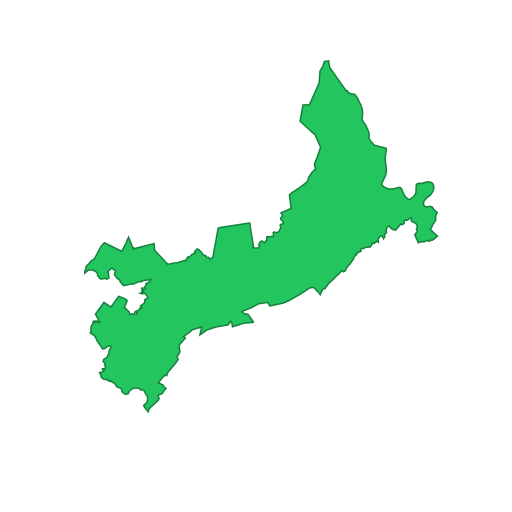 Cocula, Guerrero, Mexico, rotated 222°
{"feature_id": "50627088B31942029589440", "entity_name": "Cocula", "entity_type": "district", "adm_level": 2, "iso_a3": "MEX", "parent_name": "Mexico", "parent_adm1": "Guerrero", "projection": "robinson", "projection_center": [-99.718, 18.138], "detail": "fine", "context": "isolated", "style": "filled", "palette": "green", "viewbox_px": 512, "rotation_deg": 222, "n_neighbors": 0, "source": "geoboundaries", "source_scale": "gbopen_adm2", "svg_char_len": 6074}
<svg xmlns="http://www.w3.org/2000/svg" viewBox="0 0 512 512"><g transform="rotate(222 256 256)"><path d="M331.6,93.9L329.8,91.1L328.2,89.8L327.7,87.9L323.2,88.7L321.6,88.5L316.5,86.3L316.3,86.5L307.5,84.3L307.3,85.2L306.7,85.6L306.3,86.6L306.3,88.2L304.9,90.8L304.3,91.7L303.7,91.7L302.5,90.9L302.1,90.3L302.4,89.6L301.9,88.7L301.9,87.4L299.6,84.5L299.8,83.6L299.0,80.9L300.0,77.0L298.8,75.2L296.3,75.3L295.8,74.8L295.6,73.6L293.4,73.0L293.1,72.2L293.3,70.7L294.7,69.4L294.0,68.9L292.3,69.5L292.0,69.3L293.1,66.0L293.9,65.3L294.2,64.5L291.8,63.9L290.0,62.4L287.0,62.5L285.4,63.6L284.1,63.8L283.9,64.4L283.3,64.5L282.7,65.1L281.3,64.6L280.7,64.8L280.6,65.9L277.6,66.2L276.1,66.8L271.6,65.7L269.1,66.8L266.8,67.2L265.2,65.7L263.1,65.4L260.5,65.9L258.9,67.7L259.8,71.5L258.5,76.0L254.8,79.2L254.0,79.5L252.4,79.0L250.9,80.6L248.7,81.0L245.6,79.6L242.8,78.9L241.3,77.8L239.3,74.8L239.2,71.5L239.6,70.6L239.3,69.7L238.1,69.1L231.9,68.0L233.1,70.8L233.2,72.0L232.0,83.8L232.9,85.5L235.3,86.5L235.5,86.9L234.0,90.2L233.7,91.6L234.3,95.1L234.2,97.3L236.3,97.4L237.6,97.0L239.1,98.0L239.6,97.6L242.0,97.1L243.5,96.2L244.1,101.2L244.1,104.9L243.9,105.9L242.4,107.4L243.7,110.7L244.0,121.6L244.5,126.6L245.6,127.7L246.8,127.7L247.2,128.3L247.3,129.2L247.8,129.9L247.5,131.3L248.1,132.0L248.3,133.8L253.5,138.2L253.6,147.8L256.0,147.5L254.3,155.0L254.0,158.5L248.9,167.0L244.9,159.8L242.9,168.4L238.0,176.8L230.7,186.0L231.2,190.4L228.7,189.8L226.1,187.6L220.0,198.0L213.8,204.7L213.7,205.3L223.1,207.3L226.0,205.2L229.4,205.3L224.7,214.8L222.3,221.9L216.4,229.2L212.3,228.2L204.2,239.3L201.8,244.5L197.6,257.1L194.7,268.4L192.1,271.2L185.6,270.8L182.4,270.2L184.0,275.8L182.9,278.3L183.7,284.4L183.3,286.6L183.3,289.2L182.9,290.0L183.3,291.4L182.9,291.9L183.1,293.2L182.8,293.9L183.2,294.5L182.6,296.2L182.5,297.8L182.4,300.4L182.8,301.5L182.3,302.3L180.4,302.8L179.7,304.6L180.0,306.0L180.6,306.9L181.0,311.5L180.7,312.1L181.6,318.8L182.8,322.6L182.1,324.5L182.8,324.9L183.0,325.5L182.8,326.7L182.0,327.4L182.2,328.3L181.1,329.8L182.5,330.8L182.6,331.7L181.9,333.2L180.8,333.8L180.4,335.9L177.2,339.0L177.4,341.9L178.1,342.4L177.9,343.8L176.6,344.5L177.0,345.2L176.2,346.1L176.1,347.8L174.2,348.1L176.5,350.2L176.9,352.6L176.5,354.6L175.3,355.3L172.8,354.2L173.2,356.6L174.3,357.2L174.9,358.0L174.6,360.3L174.8,361.0L176.3,361.9L177.7,364.6L177.7,366.1L177.1,367.3L176.4,367.4L173.8,366.8L171.4,367.5L169.6,368.6L169.8,376.7L168.4,377.0L167.8,378.8L167.8,379.5L169.4,381.4L168.8,383.0L168.0,383.2L167.5,384.0L167.0,386.1L166.0,388.1L165.3,387.9L164.5,386.4L163.6,385.9L159.0,387.2L155.8,386.0L154.7,383.2L152.8,382.6L152.6,382.1L152.2,378.0L144.3,374.5L143.9,374.8L142.8,377.1L140.4,379.2L140.2,380.4L139.5,381.7L138.1,382.2L136.8,383.5L136.5,385.1L135.4,385.9L135.6,387.1L134.9,387.7L135.1,388.5L134.4,392.1L144.5,392.4L144.5,394.2L145.7,398.1L146.3,402.4L148.0,404.8L149.0,405.5L150.5,409.6L154.7,409.4L158.0,410.3L159.9,409.4L162.2,406.5L163.9,405.8L165.5,406.1L167.2,407.6L168.0,409.9L168.0,413.5L167.1,418.3L167.5,421.0L168.7,424.6L170.1,426.3L172.8,428.0L175.4,427.8L177.4,426.5L179.0,424.9L181.5,420.8L184.1,418.5L184.6,417.2L184.4,415.9L179.9,410.6L178.9,408.8L178.6,405.5L179.4,401.5L180.1,400.2L183.3,399.9L187.4,400.7L193.1,403.4L194.5,403.4L195.8,402.6L198.7,397.9L201.7,395.0L204.5,393.7L207.6,392.9L209.5,393.0L210.6,393.6L211.2,394.4L213.6,402.4L214.9,405.0L217.0,407.6L225.1,414.6L230.8,422.9L231.7,423.0L241.4,417.9L242.8,417.6L247.3,418.0L250.7,419.1L253.9,422.7L255.2,423.6L261.9,426.6L268.2,428.0L271.5,432.5L275.0,436.1L279.5,438.5L287.1,441.5L290.9,442.2L294.9,439.6L297.4,439.4L299.0,439.9L299.2,439.0L327.3,445.4L332.6,449.6L335.3,446.3L333.1,441.2L332.3,436.5L324.8,426.7L317.5,404.1L322.1,399.7L313.5,385.7L292.8,385.5L280.7,380.0L275.8,368.3L274.4,364.0L273.5,362.7L269.9,360.5L270.2,359.3L270.3,354.9L269.4,349.5L268.0,346.7L267.8,344.7L268.9,337.6L271.6,327.5L272.1,323.8L261.8,314.9L266.3,304.8L262.6,303.4L263.2,301.1L262.3,299.9L258.9,299.6L257.6,298.7L257.4,298.1L258.8,296.0L258.8,295.2L258.0,294.5L256.6,294.1L255.5,289.8L255.6,288.3L256.4,287.1L258.2,286.3L259.0,285.1L256.9,283.0L256.4,282.1L256.4,281.4L257.5,281.1L258.3,279.6L260.4,278.2L260.8,277.5L258.7,275.0L258.9,273.7L258.3,271.6L259.4,271.1L261.5,271.2L262.2,270.4L262.1,267.6L261.2,265.9L259.7,265.2L259.4,264.0L261.8,261.3L263.4,260.7L264.4,259.7L263.7,260.9L282.8,276.3L301.8,253.1L302.7,251.3L287.2,226.2L288.0,222.6L289.8,223.3L290.4,223.2L291.4,222.0L293.2,222.6L296.4,221.4L298.1,222.2L302.3,222.5L303.9,222.2L304.6,221.5L304.5,218.1L303.0,217.9L304.7,214.2L304.7,209.9L306.0,209.9L306.1,209.4L305.2,205.2L306.1,204.9L310.1,198.0L311.8,196.4L316.0,190.8L335.1,192.4L340.1,197.0L352.0,179.1L352.3,180.2L353.8,180.0L363.2,184.7L362.1,180.6L361.3,179.3L358.9,169.7L377.6,164.4L377.5,159.0L374.3,146.3L374.4,144.6L375.2,142.0L375.0,137.8L375.3,134.7L373.9,132.6L373.1,130.3L371.8,128.7L371.2,133.5L368.3,136.0L364.9,137.3L362.0,136.8L360.3,135.2L358.9,135.6L357.8,134.7L357.2,134.7L355.7,135.2L353.1,138.4L351.2,139.1L350.6,141.4L355.8,145.8L355.0,150.6L350.2,150.8L349.2,148.0L348.4,147.2L346.4,147.2L344.9,146.5L340.7,146.9L340.2,146.1L334.6,145.3L330.3,151.3L328.2,153.1L328.0,154.4L325.5,159.0L324.8,159.4L324.2,160.5L323.8,160.4L323.5,161.7L321.5,164.8L321.3,164.6L318.6,168.0L318.1,165.1L318.7,161.9L319.1,162.0L317.9,159.8L318.1,158.1L316.4,157.9L316.5,156.5L316.7,155.8L319.1,156.3L319.3,155.4L316.4,154.6L317.4,153.7L316.0,153.2L317.1,151.0L316.2,151.5L315.4,151.5L315.1,152.7L314.3,152.9L313.8,153.7L312.8,154.0L310.0,153.4L308.9,152.7L308.7,151.5L309.4,149.0L307.9,147.6L307.5,146.6L308.4,141.5L306.4,141.1L307.4,139.4L306.4,138.8L308.6,133.6L308.3,133.1L307.3,134.8L306.0,134.3L306.1,132.3L309.0,130.5L310.3,128.1L312.7,129.5L319.5,129.9L321.4,135.8L322.6,136.9L323.1,136.5L324.1,136.7L326.9,135.8L331.1,134.1L329.7,121.0L338.0,119.8L336.4,105.4L327.5,102.2L328.0,101.6L328.9,102.1L329.3,101.7L329.4,100.7L330.0,101.3L331.4,100.9L331.7,100.1L331.1,99.1L332.3,98.8L332.8,99.2L333.2,98.6L331.9,96.1L331.6,93.9Z" fill="#22c55e" stroke="#15803d" stroke-width="1.5"/></g></svg>